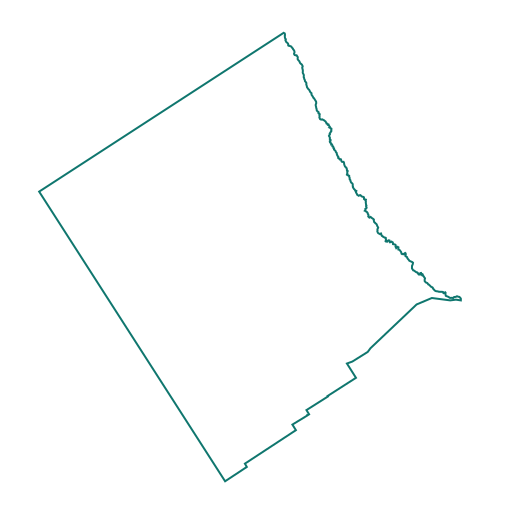 outline of Gobernador Dupuy, San Luis, Argentina, rotated 147°
{"feature_id": "61730980B64718886155143", "entity_name": "Gobernador Dupuy", "entity_type": "district", "adm_level": 2, "iso_a3": "ARG", "parent_name": "Argentina", "parent_adm1": "San Luis", "projection": "equal_earth", "projection_center": [-66.474, -35.326], "detail": "fine", "context": "isolated", "style": "outline", "palette": "teal", "viewbox_px": 512, "rotation_deg": 147, "n_neighbors": 0, "source": "geoboundaries", "source_scale": "gbopen_adm2", "svg_char_len": 6116}
<svg xmlns="http://www.w3.org/2000/svg" viewBox="0 0 512 512"><g transform="rotate(147 256 256)"><path d="M402.8,428.1L404.6,83.9L378.6,84.1L378.4,87.9L317.4,88.2L317.3,94.8L300.1,94.3L300.0,94.5L299.7,94.7L299.4,94.3L297.7,94.3L297.6,99.3L272.2,99.0L272.2,99.6L238.5,99.4L238.3,116.3L232.7,115.0L214.5,114.7L210.3,116.3L147.7,127.9L131.4,125.0L117.3,113.0L112.1,110.5L108.4,107.2L107.5,108.5L107.4,109.1L107.7,110.9L108.5,111.6L109.1,112.5L109.4,112.8L110.7,112.9L112.0,113.6L112.4,113.7L113.4,113.4L113.8,113.6L114.4,114.2L116.0,115.1L116.4,115.6L116.8,116.8L118.5,119.2L118.0,120.7L117.3,121.6L117.0,122.0L117.1,122.5L117.9,122.4L118.9,122.6L119.0,122.9L118.6,123.4L118.7,123.8L119.1,124.3L120.4,125.3L121.2,125.7L121.6,126.1L122.1,126.4L122.8,127.3L124.0,128.3L124.5,128.9L124.7,129.3L125.0,130.2L125.0,131.0L125.3,132.2L125.3,132.6L125.0,133.1L125.1,133.5L125.4,134.1L125.8,134.6L126.0,135.1L126.2,136.3L126.7,138.1L127.0,138.4L127.0,139.0L127.0,139.6L127.1,140.1L127.9,141.2L128.1,142.1L128.2,143.1L127.3,144.5L126.5,145.1L126.4,145.4L126.5,146.5L126.4,147.7L126.6,148.3L127.2,149.2L127.2,149.6L126.9,149.9L126.5,149.5L126.3,149.5L126.2,149.8L126.3,150.2L126.9,150.8L127.0,151.2L126.8,151.9L127.2,152.1L127.5,152.1L127.7,151.9L127.6,151.2L128.3,151.1L128.2,151.6L128.5,151.7L129.6,151.9L129.7,152.2L129.3,153.0L129.5,153.4L129.7,153.5L129.8,154.0L129.7,154.3L129.9,154.7L130.2,154.9L130.5,155.3L131.4,157.7L132.0,158.4L131.9,159.3L132.0,160.5L131.8,160.9L130.5,162.8L129.3,163.5L128.0,164.8L128.2,165.7L130.0,168.5L130.0,169.7L130.3,171.5L129.9,172.7L130.6,174.2L130.7,174.6L129.4,175.9L129.1,176.7L129.1,177.0L129.2,177.3L130.1,177.3L131.1,176.9L131.6,177.7L132.4,177.9L132.7,178.6L132.1,180.4L132.2,181.6L132.2,182.4L132.4,183.0L133.1,183.9L131.8,185.7L132.1,186.2L132.2,186.6L132.8,186.8L133.5,186.7L133.7,186.4L134.1,186.3L133.9,187.9L133.3,188.2L132.9,189.4L133.3,190.1L134.6,191.3L134.2,191.9L133.9,193.0L134.1,193.3L134.3,193.4L134.3,193.9L134.5,194.3L135.9,194.4L136.2,194.5L136.2,195.1L135.9,195.6L135.6,196.3L136.1,196.9L136.8,197.0L137.4,196.9L138.1,196.5L138.3,196.6L138.5,197.0L139.1,197.3L139.3,197.8L139.0,198.1L138.5,198.1L138.1,198.7L137.8,200.0L137.3,200.3L137.4,200.8L137.8,201.0L138.6,202.3L139.0,203.0L139.0,203.7L139.5,204.3L139.5,204.6L139.3,204.8L139.3,205.4L139.2,206.0L138.9,206.6L138.9,206.8L139.4,206.7L140.1,206.8L141.0,208.5L141.1,209.0L140.9,210.4L140.7,210.8L140.0,211.4L139.8,212.0L139.6,212.3L138.1,213.2L138.0,213.9L138.0,214.9L137.7,216.1L137.6,217.4L138.1,218.5L138.0,219.0L138.4,220.0L137.9,221.6L137.3,222.3L137.3,222.6L137.5,223.0L137.5,223.3L138.2,224.8L138.3,225.6L138.8,226.5L139.4,226.3L140.0,226.4L140.3,227.7L140.3,228.1L139.4,228.9L139.2,229.9L139.3,230.2L139.3,230.6L139.0,231.1L138.9,231.7L139.1,232.8L139.4,233.1L139.6,234.2L139.9,234.4L140.1,234.7L139.0,235.2L138.6,236.0L137.3,236.0L136.9,236.3L136.7,236.9L136.7,237.4L136.5,238.0L135.9,238.2L135.7,239.2L134.7,241.3L134.3,241.6L134.2,242.0L134.0,242.5L133.1,243.4L133.3,243.7L134.1,244.0L134.4,245.0L133.5,246.4L133.7,247.0L134.8,248.2L135.1,249.0L135.1,249.5L135.2,249.9L135.4,250.3L135.9,250.5L136.4,250.5L137.1,250.6L137.6,251.9L137.8,252.3L137.6,253.0L137.5,255.0L137.3,255.3L136.4,255.9L136.5,256.1L136.8,256.2L137.2,256.2L137.2,256.9L137.0,257.8L137.3,258.6L137.3,260.8L137.1,261.3L136.8,261.5L136.7,262.1L135.8,263.5L135.7,264.0L135.8,264.7L136.2,265.8L135.9,267.5L135.7,267.8L135.5,268.4L135.7,269.1L135.5,269.7L135.2,270.0L134.8,270.8L134.7,271.7L134.2,272.5L134.7,273.0L134.6,273.3L135.4,274.4L135.5,274.7L134.9,275.2L134.6,275.1L134.0,276.3L133.6,276.9L133.0,277.1L132.8,277.5L133.2,277.9L133.1,278.2L133.0,278.6L132.4,279.4L132.4,280.1L132.2,280.5L132.1,281.0L132.4,281.4L132.6,282.7L132.2,284.6L131.4,286.3L131.3,287.3L132.1,287.7L132.5,288.1L132.7,288.4L132.6,289.3L132.1,290.8L132.3,291.1L133.2,291.4L133.2,291.7L133.1,292.3L133.7,293.2L133.6,293.7L133.1,294.0L132.9,294.5L133.1,295.8L133.0,296.4L132.7,296.9L132.7,297.6L132.2,298.4L132.4,299.7L132.1,300.6L132.3,301.8L132.6,302.8L131.9,303.7L132.3,304.4L131.7,305.4L131.7,305.9L132.2,306.4L131.6,307.5L131.6,308.3L131.9,308.4L132.2,308.6L131.7,309.3L131.7,310.0L132.0,310.5L132.0,311.2L131.6,312.1L131.2,312.2L130.9,311.9L130.7,312.0L130.5,312.4L130.4,312.5L130.2,312.9L130.5,313.4L130.5,313.8L129.7,314.8L129.5,315.3L129.4,317.0L128.6,317.5L127.9,317.6L127.7,317.8L127.5,318.6L127.1,318.8L126.2,319.0L125.8,319.4L124.9,319.6L124.5,320.1L124.5,320.5L124.3,320.8L123.5,321.4L123.4,321.8L123.9,322.8L124.3,323.4L124.4,323.6L124.0,323.6L123.7,324.0L123.8,325.4L123.6,326.5L124.2,326.6L124.4,326.9L124.4,327.2L124.0,327.7L124.1,328.2L124.7,328.7L124.5,329.8L124.4,330.9L124.9,332.2L124.9,332.6L125.7,333.8L125.8,334.3L126.4,334.7L126.8,334.7L127.1,334.9L127.7,335.9L127.5,336.8L127.5,337.5L126.6,338.5L126.4,339.2L125.6,339.8L125.3,340.4L125.3,340.7L125.8,341.2L125.9,341.6L125.7,342.0L125.2,342.5L125.2,342.9L125.6,343.7L125.8,344.9L125.0,346.6L124.9,347.3L124.4,348.3L124.0,349.6L123.6,350.3L122.2,351.4L121.5,352.8L121.5,355.7L121.4,356.3L121.4,356.7L121.7,357.1L121.5,359.3L121.6,360.1L121.6,360.8L121.4,361.4L120.8,362.3L121.2,363.9L120.9,366.4L121.2,367.5L121.3,369.7L120.9,370.7L120.3,372.7L119.6,373.5L119.5,373.9L119.5,374.7L119.7,375.7L119.7,376.0L119.2,377.0L119.1,378.3L118.6,379.4L118.6,380.0L117.4,381.6L117.2,382.3L117.1,383.8L116.9,384.4L116.4,385.0L115.5,386.4L114.9,388.2L114.7,388.7L114.4,389.1L114.0,389.2L113.5,389.7L113.3,391.3L113.4,392.2L113.7,392.7L113.8,393.3L113.9,394.2L113.6,395.4L113.6,395.9L113.8,397.0L113.9,398.0L113.8,398.6L112.9,399.6L112.6,400.4L112.7,401.1L112.6,402.1L112.7,402.3L113.3,402.6L114.1,403.5L114.1,404.5L113.8,405.1L113.0,405.6L112.5,406.3L112.2,407.2L112.1,407.8L112.3,409.2L112.1,409.8L112.2,410.7L112.4,411.3L112.3,412.3L112.6,412.9L113.2,413.6L113.4,414.1L113.7,414.3L113.9,414.3L114.3,415.0L113.9,415.7L113.5,416.5L113.5,417.1L114.1,419.2L113.9,419.9L113.9,420.7L113.7,421.1L113.1,421.3L112.9,421.7L113.0,422.2L112.9,423.2L112.4,424.1L111.9,425.1L111.4,425.4L110.8,426.6L110.7,427.2L111.0,427.8L110.9,428.0L110.5,428.1L402.8,428.1Z" fill="none" stroke="#0f766e" stroke-width="2"/></g></svg>